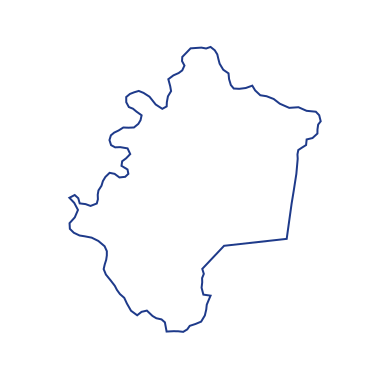 Ouro Verde, Santa Catarina, Brazil (orthographic projection), rotated 121°
{"feature_id": "56859067B85493452784852", "entity_name": "Ouro Verde", "entity_type": "district", "adm_level": 2, "iso_a3": "BRA", "parent_name": "Brazil", "parent_adm1": "Santa Catarina", "projection": "orthographic", "projection_center": [-52.278, -26.711], "detail": "fine", "context": "isolated", "style": "outline", "palette": "blue", "viewbox_px": 384, "rotation_deg": 121, "n_neighbors": 0, "source": "geoboundaries", "source_scale": "gbopen_adm2", "svg_char_len": 1995}
<svg xmlns="http://www.w3.org/2000/svg" viewBox="0 0 384 384"><g transform="rotate(121 192 192)"><path d="M59.4,127.2L63.4,135.6L64.5,144.4L69.8,152.0L71.1,162.2L70.2,169.9L71.5,177.4L73.9,183.3L72.4,190.2L69.8,195.1L75.2,199.5L79.2,204.6L81.8,209.5L80.3,213.8L76.1,218.4L71.5,221.8L71.1,228.2L67.8,234.4L64.5,237.8L61.0,241.2L58.8,245.5L58.1,250.8L61.7,253.8L63.4,258.3L66.3,262.5L69.6,267.2L74.9,268.4L81.2,269.9L84.9,268.0L87.5,263.6L92.8,263.0L96.9,264.7L101.6,268.0L107.5,270.4L112.5,265.2L116.3,261.9L122.4,261.9L128.0,259.8L131.7,257.8L136.0,260.3L135.7,268.2L132.2,277.5L132.0,284.6L132.8,289.7L136.3,292.9L139.9,295.7L144.5,297.3L148.9,294.6L151.7,289.9L151.0,285.5L151.7,281.0L152.2,274.7L157.0,273.1L161.3,273.1L166.6,275.0L169.7,279.7L172.1,284.1L177.1,286.6L181.2,289.3L185.2,290.7L190.0,289.5L193.5,285.5L193.3,280.9L190.5,276.6L187.8,269.7L191.3,264.5L197.0,265.8L201.6,267.7L205.9,265.9L205.9,258.9L209.2,255.9L213.4,257.1L216.9,261.7L216.3,267.7L218.0,272.5L223.7,274.0L228.5,274.0L233.3,272.8L238.8,273.0L242.9,271.4L246.7,268.9L250.9,267.7L256.2,271.8L257.2,277.0L259.6,282.4L255.9,286.3L255.0,291.0L260.1,294.1L262.0,287.3L266.1,280.5L274.1,279.4L281.8,280.9L286.5,277.7L287.8,272.3L287.2,266.0L285.3,261.3L282.8,254.5L282.2,247.1L283.5,239.0L286.6,234.5L290.3,232.3L294.4,230.6L299.0,229.5L303.6,228.0L307.1,223.3L309.8,215.9L312.2,209.8L314.6,205.9L316.6,201.2L317.6,195.6L321.1,190.4L325.2,183.1L325.9,175.5L320.7,173.5L316.9,169.6L318.6,162.0L318.6,157.6L316.9,152.5L317.7,148.1L324.7,141.9L320.8,136.1L318.4,131.9L316.4,127.5L312.2,125.3L307.9,125.0L303.3,121.0L298.4,117.4L291.2,117.4L285.3,119.3L281.0,121.3L275.7,122.1L271.3,122.7L274.1,129.4L269.1,134.5L264.2,136.7L260.6,139.0L256.1,139.7L252.6,143.6L221.6,136.8L183.4,86.7L150.5,100.7L138.9,105.3L122.7,111.9L109.1,118.5L105.4,121.0L101.3,122.5L97.3,120.6L93.0,118.4L87.9,120.8L83.7,116.5L77.3,114.6L73.7,116.7L69.2,118.6L65.1,118.1L60.7,122.5L59.4,127.2Z" fill="none" stroke="#1e3a8a" stroke-width="2"/></g></svg>